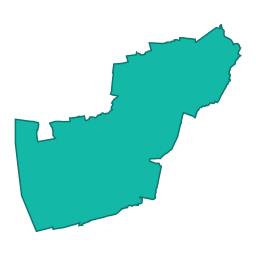 Vulturesti, Olt, Romania
{"feature_id": "2599482B48187985775349", "entity_name": "Vulturesti", "entity_type": "district", "adm_level": 2, "iso_a3": "ROU", "parent_name": "Romania", "parent_adm1": "Olt", "projection": "albers", "projection_center": [24.352, 44.735], "detail": "fine", "context": "isolated", "style": "filled", "palette": "teal", "viewbox_px": 256, "rotation_deg": 0, "n_neighbors": 0, "source": "geoboundaries", "source_scale": "gbopen_adm2", "svg_char_len": 5685}
<svg xmlns="http://www.w3.org/2000/svg" viewBox="0 0 256 256"><path d="M138.2,205.3L138.0,203.7L139.1,203.8L140.0,203.7L140.9,203.4L141.8,202.8L142.1,200.9L142.2,198.9L141.9,198.7L139.8,197.7L139.9,196.8L153.1,199.5L153.8,199.3L154.6,198.4L154.9,198.3L155.1,198.3L155.1,197.4L155.5,196.6L155.3,196.4L155.0,196.2L155.0,195.8L155.2,194.5L155.6,193.4L156.0,192.0L156.0,191.2L155.8,190.2L156.1,189.2L156.7,188.4L157.0,187.5L157.2,186.3L161.2,166.9L161.2,166.2L159.5,165.2L159.5,164.5L159.1,163.4L157.2,163.3L156.6,163.4L156.3,163.6L149.7,161.2L149.9,158.8L154.9,158.7L158.0,158.4L159.7,158.5L160.3,158.6L160.4,158.4L163.4,155.3L165.6,153.7L166.8,153.2L168.9,151.5L170.0,150.2L171.6,149.5L175.2,141.6L176.8,138.5L177.6,136.7L178.4,133.0L178.8,131.7L179.3,129.2L179.9,126.7L180.3,125.3L180.5,124.1L180.7,123.6L181.3,123.1L181.5,122.6L181.5,122.3L181.3,121.9L181.2,121.3L181.8,118.9L182.5,115.6L183.1,114.1L183.3,112.6L192.8,116.1L194.2,116.9L194.6,117.6L194.9,117.8L195.1,117.7L195.9,115.7L195.8,114.6L195.8,114.2L196.2,113.9L196.5,113.4L196.3,113.1L196.7,112.6L196.9,112.1L197.0,111.9L197.0,111.3L197.5,111.0L197.5,110.8L198.3,110.2L198.5,110.0L198.5,109.7L198.9,109.5L199.2,108.3L200.2,107.5L201.7,107.3L201.9,107.0L201.9,106.4L202.5,106.2L203.4,106.4L204.0,106.2L205.0,106.3L206.2,105.1L206.9,105.6L207.6,105.6L207.9,105.3L208.9,104.9L209.1,104.6L209.2,104.3L209.6,103.9L210.0,103.0L210.1,102.9L210.7,102.9L212.9,103.4L213.6,103.4L214.8,102.7L215.1,102.1L215.2,101.4L215.9,101.7L217.2,102.5L218.6,100.9L219.5,98.8L220.0,98.0L220.1,97.5L221.3,95.1L223.0,92.2L223.5,91.1L226.0,87.0L226.5,85.5L226.5,85.0L228.0,84.0L227.9,83.3L228.0,83.0L228.4,82.5L228.7,81.9L229.1,81.4L229.6,81.2L229.9,81.0L230.1,80.5L230.3,79.9L230.2,79.7L229.2,79.3L229.0,79.0L228.9,78.8L229.5,78.1L229.7,77.1L230.1,76.6L230.1,76.3L229.8,75.6L229.8,75.4L230.2,74.8L230.2,74.4L229.5,74.3L229.1,74.1L229.0,73.7L228.9,73.4L229.2,72.9L229.2,72.0L229.4,71.0L229.4,70.4L230.1,69.9L230.0,69.5L230.1,69.1L230.1,68.1L231.7,66.6L231.9,66.3L232.8,65.8L233.3,65.1L235.2,63.9L235.2,63.6L234.9,63.3L235.0,63.0L235.2,62.7L235.8,60.7L235.8,60.4L236.6,59.9L237.2,59.1L237.9,58.8L237.9,57.8L238.1,57.5L238.9,56.9L239.5,56.7L240.0,56.1L240.6,55.6L237.9,53.8L238.3,53.1L238.5,52.1L238.9,50.9L240.1,49.1L240.1,48.2L240.5,47.9L240.2,47.6L239.8,47.3L239.6,46.8L239.4,45.5L238.2,44.2L237.6,43.5L235.2,43.8L234.6,44.0L233.9,43.9L233.6,44.1L233.4,44.5L233.0,44.0L232.9,43.0L232.7,42.6L231.1,40.0L229.2,38.7L224.4,36.4L223.9,34.1L224.0,32.1L224.1,31.6L224.0,30.9L223.8,30.4L222.5,29.1L222.3,28.9L221.9,27.4L221.8,27.2L221.5,26.5L221.4,25.5L221.5,25.1L221.3,24.8L221.1,24.7L220.9,25.1L219.8,25.9L219.6,26.3L220.2,28.5L219.6,28.5L216.3,27.6L215.4,28.4L213.6,29.5L209.3,32.6L208.5,33.1L208.0,33.6L200.9,38.8L198.9,40.1L197.8,41.0L196.6,41.7L196.3,42.3L195.6,42.3L195.3,40.4L195.3,40.1L195.2,39.3L188.3,38.5L186.7,38.5L184.8,38.1L183.9,37.8L183.6,37.8L183.4,38.0L183.1,38.0L182.1,37.8L180.1,37.7L179.8,37.8L179.8,39.1L179.9,40.0L179.8,40.3L178.4,40.2L176.3,39.7L174.9,39.8L174.7,40.0L174.2,40.0L174.2,40.6L174.5,40.8L174.3,40.9L172.8,41.3L171.4,41.4L171.2,41.9L170.4,42.1L168.0,42.3L167.3,42.2L166.3,42.4L166.1,42.5L166.1,43.0L162.9,43.5L160.9,43.5L153.2,43.0L149.3,42.9L150.1,46.1L151.0,48.9L151.2,49.3L151.0,49.5L151.4,50.4L151.0,50.5L150.5,51.0L148.1,51.2L147.5,51.8L146.7,52.0L145.5,52.6L145.1,53.3L145.2,53.8L144.7,53.9L144.7,54.1L144.7,54.4L144.0,54.6L143.1,54.6L142.4,54.9L140.6,54.9L140.1,53.9L139.5,53.7L138.4,53.3L138.2,53.4L137.9,53.2L136.8,53.0L136.6,52.6L136.0,54.8L126.5,56.0L126.5,56.6L126.5,57.0L126.8,57.9L127.2,58.4L127.4,59.3L128.1,62.0L122.7,63.3L117.9,63.8L113.9,64.0L112.7,72.9L113.4,73.1L112.5,80.8L111.9,87.0L111.7,88.7L111.7,91.3L111.2,92.2L111.0,93.2L110.6,94.2L112.9,95.0L118.0,96.0L117.6,96.8L117.1,97.4L116.4,97.9L115.9,98.0L115.7,98.2L114.4,99.2L114.1,99.7L113.6,100.0L111.7,103.0L112.9,103.8L112.9,104.7L112.2,105.7L111.2,107.8L111.2,108.1L111.5,108.4L111.6,108.9L112.4,109.9L112.1,110.1L111.2,110.0L109.2,112.2L108.5,113.2L108.0,113.6L107.1,113.3L106.8,113.3L105.9,113.5L105.0,114.0L104.5,114.1L104.1,114.0L103.7,113.4L103.1,113.1L102.6,113.0L101.9,113.2L101.5,113.5L100.9,114.6L100.6,114.8L100.4,114.9L100.3,114.6L100.1,114.5L99.2,115.1L98.3,115.1L97.9,115.3L97.3,116.0L96.8,117.0L96.3,117.3L95.6,117.7L95.2,117.7L94.1,117.3L90.6,116.9L90.2,117.0L89.5,117.6L89.5,118.3L88.7,119.4L88.1,119.8L87.0,120.2L86.6,120.5L85.7,120.4L85.3,120.2L84.7,118.4L84.7,117.6L84.3,116.0L79.9,116.8L79.8,116.6L80.2,116.3L78.0,116.7L78.1,117.1L71.5,118.0L69.7,118.0L70.1,120.9L70.2,121.3L70.0,121.5L64.2,121.7L58.9,121.4L55.4,121.4L49.7,123.1L50.7,125.2L51.1,126.5L52.0,127.2L52.5,127.9L52.3,128.2L52.7,129.9L53.1,132.1L53.1,132.6L52.9,134.3L53.1,135.3L53.9,136.5L55.5,138.2L54.7,138.7L37.7,141.7L36.5,133.0L36.8,132.5L37.0,132.0L36.8,130.3L37.7,130.1L37.8,129.8L38.4,126.4L38.7,124.6L38.6,124.3L38.5,123.5L38.2,122.6L35.7,122.2L34.2,121.7L33.4,121.5L30.0,121.3L15.4,119.3L15.4,143.2L18.5,169.6L21.4,193.3L21.5,195.1L36.4,231.3L52.8,227.1L53.1,229.3L58.6,228.2L62.6,227.7L65.8,227.0L69.3,225.9L75.7,224.2L76.8,223.7L79.6,222.9L79.4,223.3L79.3,223.6L79.3,224.1L78.9,225.6L82.7,225.1L82.7,223.7L85.3,222.9L87.5,222.1L89.7,221.4L89.6,220.6L95.4,219.2L97.8,218.5L100.7,217.9L104.4,217.0L105.7,216.6L107.1,216.0L111.2,215.3L115.9,214.0L116.6,213.4L117.7,212.9L118.9,211.6L121.5,209.3L121.7,208.5L121.8,208.4L122.6,208.8L122.8,208.8L123.8,208.3L125.8,207.8L126.0,207.2L126.9,207.7L127.2,207.7L127.5,207.2L127.9,206.9L128.1,205.9L128.4,205.6L129.0,205.5L129.6,205.3L130.3,205.6L131.4,205.7L131.7,206.0L132.1,206.1L134.8,204.8L135.6,204.9L136.2,205.3L136.8,204.8L137.6,205.3L138.2,205.3Z" fill="#14b8a6" stroke="#0f766e" stroke-width="1.5"/></svg>